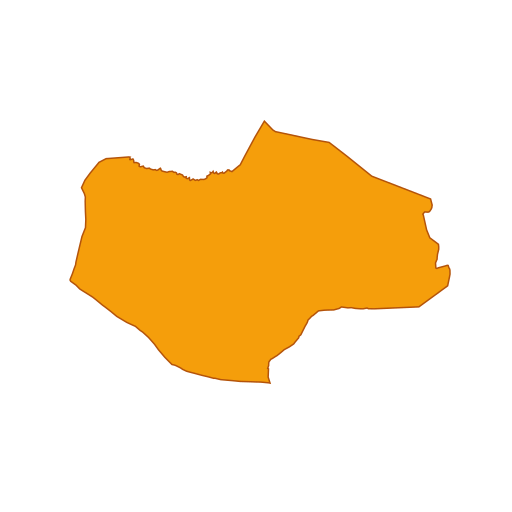 the district of San Pablo Tijaltepec, Oaxaca, Mexico, rotated 294°
{"feature_id": "50627088B89974538637092", "entity_name": "San Pablo Tijaltepec", "entity_type": "district", "adm_level": 2, "iso_a3": "MEX", "parent_name": "Mexico", "parent_adm1": "Oaxaca", "projection": "mercator", "projection_center": [-97.471, 17.005], "detail": "fine", "context": "isolated", "style": "filled", "palette": "amber", "viewbox_px": 512, "rotation_deg": 294, "n_neighbors": 0, "source": "geoboundaries", "source_scale": "gbopen_adm2", "svg_char_len": 3518}
<svg xmlns="http://www.w3.org/2000/svg" viewBox="0 0 512 512"><g transform="rotate(294 256 256)"><path d="M122.7,223.3L122.9,224.4L123.2,225.8L123.3,227.3L123.1,232.2L123.0,233.0L122.6,235.0L122.5,239.1L122.6,240.2L123.2,244.0L123.7,246.9L124.2,250.1L125.0,255.2L126.1,261.0L127.1,267.3L127.6,268.1L128.7,274.0L132.7,285.6L135.0,292.6L139.1,302.6L141.0,307.4L142.6,311.2L143.0,312.3L144.2,315.9L145.3,319.2L145.6,320.5L150.4,316.3L152.0,315.7L158.0,313.3L158.0,312.4L161.1,312.1L163.0,311.3L164.3,310.9L164.8,310.9L165.6,311.1L167.6,311.5L169.1,312.7L170.5,313.6L172.2,314.7L173.4,315.6L178.2,318.1L182.0,319.9L186.5,323.4L191.0,326.2L193.2,326.7L195.3,327.3L197.5,327.9L198.2,328.2L199.0,328.2L199.7,328.0L200.4,328.0L202.0,328.9L202.3,329.0L211.8,329.4L215.2,329.8L216.2,329.8L217.1,329.8L218.4,329.5L221.9,330.8L223.5,331.3L224.9,332.3L231.3,335.4L234.3,340.5L235.8,343.5L237.1,346.3L238.4,349.0L240.3,351.3L241.8,353.2L244.2,354.8L246.0,361.0L247.6,364.1L248.5,368.0L250.0,372.2L251.3,375.3L252.5,377.0L253.6,378.6L253.6,380.2L255.8,385.4L275.8,425.5L306.7,443.2L315.5,441.3L318.4,440.6L321.8,439.0L322.9,438.2L323.9,436.8L325.5,435.4L325.3,434.5L324.0,433.1L319.5,427.5L318.2,426.3L318.2,425.2L321.0,423.7L322.7,422.8L326.9,422.7L327.7,422.3L331.4,421.1L336.4,420.2L338.7,419.2L340.9,417.9L343.3,407.4L349.3,401.2L361.6,392.1L362.1,391.4L363.7,391.8L364.9,392.2L365.4,393.7L365.6,394.1L366.0,395.2L366.5,395.9L367.0,396.3L367.5,396.5L369.1,396.8L370.5,397.0L371.9,396.9L372.8,396.6L374.2,396.2L379.1,392.3L376.0,329.3L384.0,299.1L389.5,276.6L385.3,259.9L377.7,224.0L377.5,223.3L378.0,220.1L382.6,208.8L364.3,206.7L342.8,205.1L332.8,204.5L332.0,204.0L326.6,201.3L323.3,199.7L323.4,199.3L323.3,198.7L323.2,198.0L323.1,197.1L323.6,196.7L323.4,195.6L323.0,195.0L322.2,194.9L321.4,194.6L318.6,193.1L318.3,192.2L318.8,191.6L319.0,191.2L318.3,191.1L317.7,189.9L317.1,189.3L315.8,188.6L315.4,187.8L315.5,186.7L316.1,186.4L316.6,185.6L314.6,184.7L314.6,183.5L315.8,182.4L314.8,182.2L313.8,181.4L313.8,180.2L312.4,181.0L309.8,179.5L309.3,178.8L308.9,178.7L308.1,179.1L307.6,179.4L307.3,179.3L306.1,178.6L304.8,177.4L304.1,175.7L303.7,174.9L303.7,174.5L303.4,174.1L302.1,173.1L301.6,172.7L301.8,171.3L300.4,169.8L300.8,167.2L299.6,166.4L298.2,165.2L298.5,164.4L300.5,163.3L299.1,162.2L298.7,161.7L298.7,161.0L298.8,160.4L300.0,160.0L299.1,158.8L299.0,158.0L299.3,157.1L300.1,155.9L300.0,152.5L298.7,151.6L298.5,150.6L298.7,150.4L299.6,149.5L299.7,148.4L299.6,147.9L299.0,147.0L299.4,145.1L298.7,144.0L297.9,142.4L296.3,140.7L295.4,135.7L295.8,134.6L296.2,134.1L297.1,133.3L297.3,132.9L294.4,131.2L294.0,130.7L293.7,130.1L294.0,129.0L292.9,127.1L292.5,124.2L292.9,122.9L291.4,120.4L291.2,118.0L292.3,116.5L290.5,114.1L290.4,113.4L290.5,112.7L291.7,112.3L292.4,112.2L292.9,110.9L292.7,108.5L291.7,106.6L291.9,106.3L293.5,105.4L294.1,104.8L294.6,104.1L294.4,103.8L293.8,103.2L292.8,101.9L292.8,101.5L294.1,101.3L294.5,100.8L294.8,100.3L295.0,100.4L294.8,99.6L287.9,86.8L285.1,81.6L284.0,79.5L282.5,78.3L277.6,74.4L277.0,74.3L264.3,70.8L255.6,68.9L247.4,68.8L243.2,73.8L240.5,76.1L236.5,77.7L227.2,82.1L220.1,85.7L212.5,88.7L203.0,89.1L186.4,92.2L177.2,94.0L174.5,94.8L170.5,95.0L165.1,95.5L159.1,95.7L158.3,96.0L157.5,97.1L156.2,103.4L154.2,108.4L153.7,111.7L152.0,123.6L151.1,127.1L148.7,135.7L147.9,139.4L146.4,145.5L144.2,153.4L142.8,164.9L142.7,170.7L142.7,174.4L140.9,180.4L140.4,183.4L137.9,190.9L134.9,197.5L134.1,199.2L130.7,205.0L126.4,213.9L122.7,223.3Z" fill="#f59e0b" stroke="#b45309" stroke-width="1.5"/></g></svg>